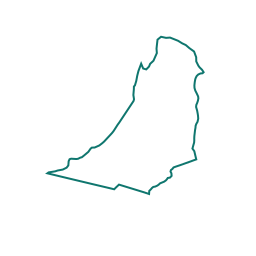 outline of Santana do Ipanema, Alagoas, Brazil, rotated 335°
{"feature_id": "56859067B18090298356879", "entity_name": "Santana do Ipanema", "entity_type": "district", "adm_level": 2, "iso_a3": "BRA", "parent_name": "Brazil", "parent_adm1": "Alagoas", "projection": "equal_earth", "projection_center": [-37.2, -9.346], "detail": "fine", "context": "isolated", "style": "outline", "palette": "teal", "viewbox_px": 256, "rotation_deg": 335, "n_neighbors": 0, "source": "geoboundaries", "source_scale": "gbopen_adm2", "svg_char_len": 1670}
<svg xmlns="http://www.w3.org/2000/svg" viewBox="0 0 256 256"><g transform="rotate(335 128 128)"><path d="M167.1,75.3L161.6,80.7L160.2,82.4L158.4,84.6L155.4,88.8L152.3,92.3L150.9,92.9L149.6,95.5L146.8,100.4L145.6,104.5L144.4,105.9L137.5,110.1L122.3,119.4L120.1,120.6L113.6,124.7L111.4,125.8L100.6,130.2L98.2,130.9L94.6,131.7L89.5,131.6L87.0,130.5L85.4,130.9L81.9,132.9L75.9,134.5L73.8,135.0L72.3,134.7L69.8,134.8L68.1,134.3L63.5,131.8L61.9,131.6L60.2,133.0L58.1,136.7L55.6,138.0L51.3,138.1L46.3,136.8L43.7,136.5L37.3,134.7L35.8,135.0L47.1,144.0L72.8,164.4L85.6,174.5L89.6,177.7L91.7,176.9L95.9,175.5L115.4,193.1L119.2,196.7L120.7,194.0L122.7,193.3L124.4,192.5L126.0,192.1L128.0,192.6L130.3,192.6L131.9,192.3L133.7,191.7L135.6,191.8L138.1,191.9L140.2,191.5L141.6,190.9L142.9,190.1L145.1,190.7L147.3,189.8L148.2,187.4L148.1,185.5L149.1,184.3L151.1,183.8L152.6,183.0L155.0,183.2L159.4,183.7L171.0,184.8L173.6,185.0L176.6,185.3L177.3,181.8L178.3,177.0L177.7,173.9L179.8,171.4L181.8,169.1L182.9,167.1L183.6,165.5L184.7,163.4L187.9,158.2L189.2,156.4L190.2,154.6L191.7,153.1L193.6,151.8L195.6,149.2L196.7,146.3L197.3,144.2L198.0,141.5L198.6,137.7L199.7,135.9L201.3,134.5L202.9,132.8L204.3,130.9L204.9,129.0L204.9,125.7L204.8,122.5L205.2,119.8L206.2,117.4L207.9,114.6L209.6,112.2L210.8,111.0L212.3,109.9L214.3,109.2L216.7,109.2L218.7,109.9L220.1,109.4L219.7,106.5L218.5,103.3L218.1,101.2L218.0,96.5L219.7,92.7L220.2,86.6L217.4,81.6L215.4,77.2L212.9,74.2L210.3,70.2L209.2,69.0L204.3,63.8L200.6,62.4L196.5,59.3L192.1,60.4L189.2,65.1L187.4,68.1L185.8,72.3L179.5,77.8L175.2,79.2L173.0,81.2L169.3,82.6L166.9,80.5L167.1,75.3Z" fill="none" stroke="#0f766e" stroke-width="2"/></g></svg>